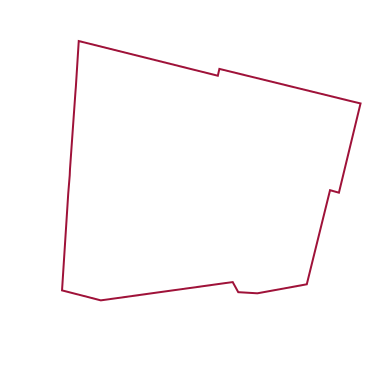 Haralson, Georgia, United States of America, rotated 13°
{"feature_id": "52423323B68344767705299", "entity_name": "Haralson", "entity_type": "district", "adm_level": 2, "iso_a3": "USA", "parent_name": "United States of America", "parent_adm1": "Georgia", "projection": "mercator", "projection_center": [-85.207, 33.779], "detail": "fine", "context": "isolated", "style": "outline", "palette": "rose", "viewbox_px": 384, "rotation_deg": 13, "n_neighbors": 0, "source": "geoboundaries", "source_scale": "gbopen_adm2", "svg_char_len": 403}
<svg xmlns="http://www.w3.org/2000/svg" viewBox="0 0 384 384"><g transform="rotate(13 192 192)"><path d="M47.7,70.4L55.2,115.8L56.0,121.2L68.0,197.3L69.1,203.2L71.7,221.0L87.5,317.1L127.5,318.1L251.9,270.6L259.6,279.2L278.5,276.0L324.6,256.1L325.6,191.3L326.1,159.2L335.3,159.6L335.5,142.6L336.3,67.8L325.0,67.7L191.0,65.9L191.0,72.9L47.7,70.4Z" fill="none" stroke="#9f1239" stroke-width="2"/></g></svg>